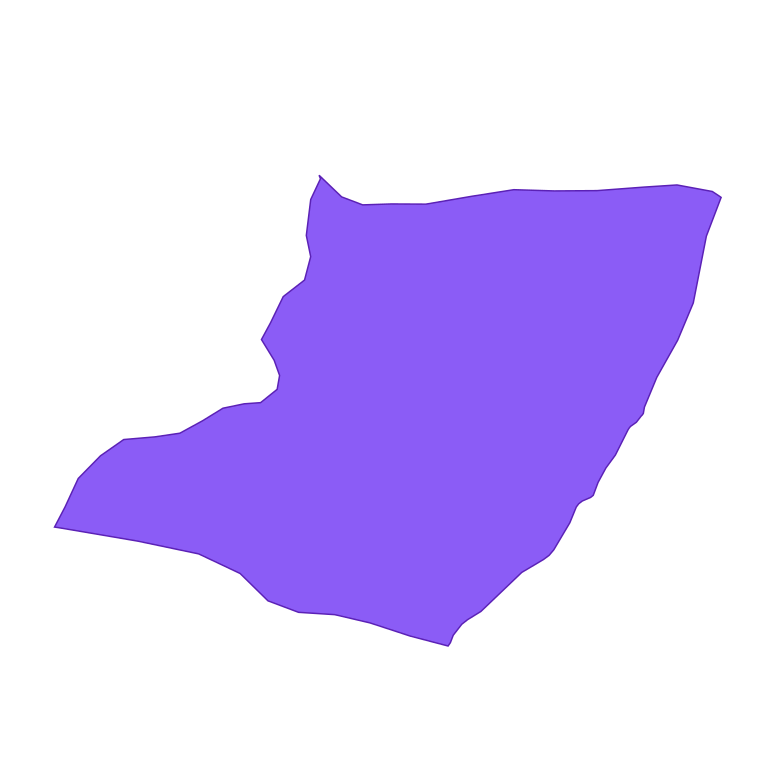 the Municipality of Surt, rotated 100°
{"feature_id": "LBY-2985", "entity_name": "Surt", "entity_type": "Municipality", "adm_level": 1, "iso_a3": "LBY", "parent_name": "Libya", "parent_adm1": "", "projection": "albers", "projection_center": [17.512, 29.873], "detail": "fine", "context": "isolated", "style": "filled", "palette": "violet", "viewbox_px": 768, "rotation_deg": 100, "n_neighbors": 0, "source": "natural_earth", "source_scale": "10m", "svg_char_len": 1100}
<svg xmlns="http://www.w3.org/2000/svg" viewBox="0 0 768 768"><g transform="rotate(100 384 384)"><path d="M141.7,84.4L182.4,92.2L250.5,93.5L289.9,102.4L330.1,116.5L361.5,123.5L368.0,123.5L369.7,124.3L371.0,125.2L377.8,128.8L383.0,133.9L385.0,135.0L386.7,135.7L413.8,143.8L428.2,150.9L443.8,156.1L457.3,158.6L459.7,160.7L464.8,168.4L468.2,171.5L471.8,173.3L488.4,176.9L517.8,188.0L524.0,191.6L529.1,196.4L545.6,215.6L591.2,249.1L601.5,260.7L607.1,265.7L619.4,272.2L627.2,273.7L630.9,275.4L627.7,314.4L621.7,356.4L619.7,392.5L623.7,428.5L617.7,460.6L595.6,492.8L583.5,537.0L581.5,599.3L582.0,679.8L582.1,683.6L560.3,676.7L530.1,668.7L503.9,650.7L483.9,630.7L475.9,600.6L467.9,576.5L451.8,556.4L435.8,538.4L427.8,518.3L423.8,502.3L407.8,488.3L393.7,488.3L379.7,496.3L361.5,512.4L343.5,506.4L315.4,498.4L295.4,480.3L271.3,478.3L251.2,486.3L215.0,488.2L192.9,482.2L189.7,484.2L207.1,458.2L211.3,436.1L205.4,408.0L199.6,374.0L183.8,329.9L170.1,289.9L164.3,249.9L156.6,207.9L144.9,162.0L137.1,130.0L137.4,94.1L140.7,86.5L141.7,84.4L141.7,84.4Z" fill="#8b5cf6" stroke="#5b21b6" stroke-width="1.5"/></g></svg>